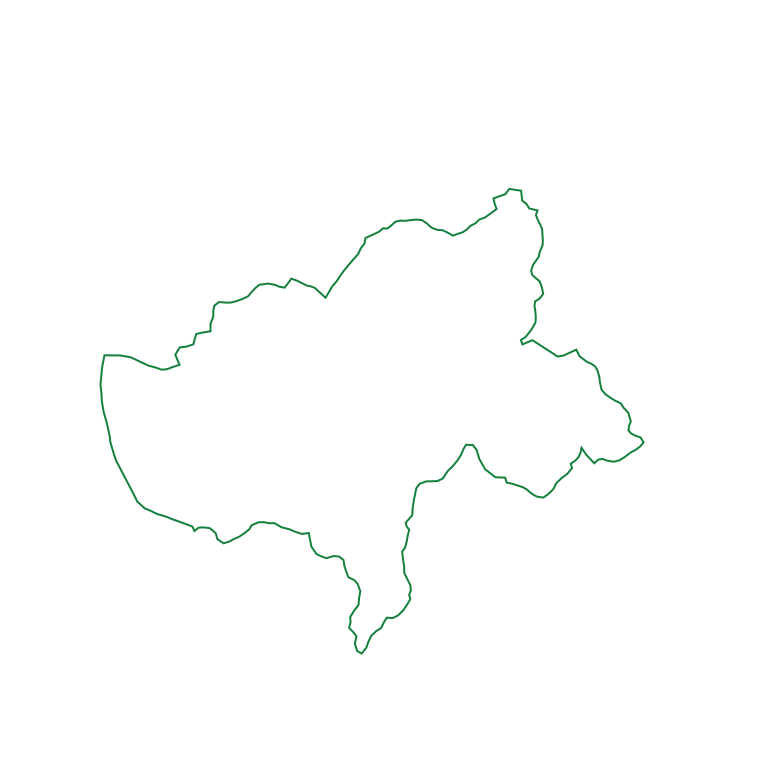 outline of São Manuel, São Paulo, Brazil, rotated 214°
{"feature_id": "56859067B98570354886966", "entity_name": "São Manuel", "entity_type": "district", "adm_level": 2, "iso_a3": "BRA", "parent_name": "Brazil", "parent_adm1": "São Paulo", "projection": "mercator", "projection_center": [-48.563, -22.699], "detail": "fine", "context": "isolated", "style": "outline", "palette": "green", "viewbox_px": 768, "rotation_deg": 214, "n_neighbors": 0, "source": "geoboundaries", "source_scale": "gbopen_adm2", "svg_char_len": 3742}
<svg xmlns="http://www.w3.org/2000/svg" viewBox="0 0 768 768"><g transform="rotate(214 384 384)"><path d="M188.4,378.9L186.2,384.7L184.8,391.7L185.7,398.2L184.2,405.0L181.8,412.1L181.1,419.4L184.6,422.4L182.6,427.3L181.8,432.0L182.6,436.8L184.6,441.6L176.6,438.4L165.3,435.9L164.0,441.4L160.6,444.2L156.4,445.1L150.1,448.0L146.2,452.3L143.6,458.1L141.1,465.4L138.2,470.9L136.6,475.9L136.2,480.8L141.5,483.2L146.6,481.7L151.5,481.2L155.6,482.3L157.4,486.3L158.4,490.9L161.9,493.9L165.3,496.7L172.4,498.4L176.9,500.4L182.4,499.5L188.2,499.2L194.4,499.3L200.4,500.9L206.0,506.2L209.4,510.2L214.8,514.8L219.2,516.7L223.7,516.7L228.1,515.8L237.5,516.4L243.8,520.0L248.6,512.1L251.0,508.1L255.3,503.9L285.5,503.3L291.4,494.2L295.1,497.0L292.9,502.1L292.3,509.1L292.3,514.4L292.9,520.0L295.9,524.8L299.8,529.6L302.8,532.7L304.9,537.0L302.8,541.8L302.4,547.8L307.5,552.7L312.7,556.3L317.2,556.6L322.5,557.4L325.5,560.6L327.1,566.5L326.8,575.9L328.7,580.4L330.2,587.8L332.8,592.2L335.8,595.9L339.3,600.6L342.7,603.0L348.0,605.9L352.5,609.0L353.8,613.7L361.7,610.8L366.5,612.9L372.0,613.4L378.4,620.9L389.2,615.8L389.6,609.2L394.1,603.0L397.0,599.2L393.3,595.5L388.5,592.0L391.1,584.6L393.3,578.8L397.0,573.4L398.1,568.3L400.7,563.6L401.8,558.1L403.7,553.6L406.3,550.4L409.9,545.5L416.8,545.0L421.7,544.1L425.2,542.0L429.2,540.7L433.1,540.2L438.0,541.1L444.4,541.1L449.5,538.1L454.3,534.1L457.7,531.1L461.7,528.6L465.2,525.1L466.7,519.3L468.0,514.9L471.9,512.5L473.3,507.5L476.6,501.8L481.0,494.7L478.7,489.4L479.1,483.5L478.1,477.2L479.2,469.3L480.0,461.9L480.6,455.6L480.8,450.0L480.7,443.0L481.5,435.6L481.0,428.7L480.7,422.8L495.0,425.0L499.3,424.0L503.3,422.4L508.5,421.7L513.1,421.2L519.7,419.6L520.2,408.4L525.2,406.1L529.3,405.4L536.1,402.5L542.8,396.6L544.3,391.7L545.3,385.0L545.8,380.6L549.0,375.2L552.6,370.3L556.5,365.9L559.7,363.6L566.6,359.7L568.5,354.1L566.7,349.7L563.1,344.2L561.4,336.7L557.3,330.7L563.1,325.3L567.6,320.5L565.9,314.9L564.2,310.4L568.5,304.7L573.8,300.0L573.4,291.6L569.2,288.8L564.2,285.6L568.2,280.5L572.1,275.0L576.4,271.5L582.3,270.0L589.7,267.5L601.2,265.7L609.0,264.5L619.2,259.9L624.6,256.2L631.8,251.5L628.0,242.4L625.5,237.4L618.8,225.1L612.2,217.2L609.0,212.8L604.7,208.1L600.9,204.2L591.8,196.5L581.6,186.7L578.6,183.0L574.2,179.3L567.6,174.0L563.3,170.7L529.4,152.4L522.7,148.5L512.6,147.1L508.2,148.1L499.3,149.4L489.2,152.5L483.4,153.6L479.6,154.7L467.4,157.7L463.1,158.7L459.0,156.1L457.5,161.0L454.1,163.8L448.1,167.0L443.9,166.8L439.9,166.1L435.4,162.2L427.9,162.2L424.2,166.8L422.1,171.0L418.6,176.5L416.1,182.8L414.4,188.4L414.8,192.8L410.8,199.1L406.7,202.1L400.9,204.6L397.1,207.4L388.9,207.9L381.0,210.7L374.8,211.9L368.4,213.7L363.0,218.4L359.1,214.4L353.1,208.5L345.0,205.3L339.7,206.0L334.3,207.4L329.8,213.0L324.9,215.8L319.3,215.5L314.2,210.2L305.6,203.9L298.8,204.8L294.0,203.5L287.8,199.0L284.8,192.3L281.6,186.6L282.0,178.7L281.7,171.9L278.6,167.9L276.5,162.2L270.7,161.1L265.7,159.4L263.0,152.5L256.9,147.6L251.8,148.1L251.2,155.5L252.7,161.2L253.8,167.8L252.4,174.4L249.9,180.1L250.9,186.6L251.0,191.9L246.0,194.7L243.0,199.8L241.5,206.9L241.5,214.1L241.9,220.4L245.2,223.2L246.3,227.8L249.5,231.8L256.3,235.7L261.5,238.7L265.5,244.3L271.1,250.3L275.2,255.2L275.0,260.1L277.1,266.1L279.7,271.9L281.6,277.3L285.4,278.4L288.5,281.2L287.8,286.0L287.2,291.2L290.4,296.3L294.3,304.4L298.9,315.6L298.7,321.1L294.5,326.9L289.3,330.6L285.4,333.4L282.4,338.6L282.5,347.4L281.0,354.8L280.3,362.3L280.6,368.8L281.8,374.9L282.0,379.4L276.2,383.2L270.1,381.0L263.2,375.2L252.5,369.9L245.8,369.4L239.6,369.0L235.9,371.2L231.2,374.1L227.2,370.9L221.2,373.3L216.7,374.5L211.3,376.1L206.4,376.4L202.4,375.8L198.4,375.7L194.4,376.1L188.4,378.9Z" fill="none" stroke="#15803d" stroke-width="2"/></g></svg>